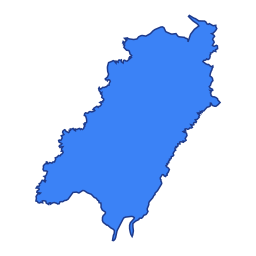 Porto Estrela, Mato Grosso, Brazil
{"feature_id": "56859067B85478740045964", "entity_name": "Porto Estrela", "entity_type": "district", "adm_level": 2, "iso_a3": "BRA", "parent_name": "Brazil", "parent_adm1": "Mato Grosso", "projection": "mercator", "projection_center": [-57.219, -15.53], "detail": "fine", "context": "isolated", "style": "filled", "palette": "blue", "viewbox_px": 256, "rotation_deg": 0, "n_neighbors": 0, "source": "geoboundaries", "source_scale": "gbopen_adm2", "svg_char_len": 5792}
<svg xmlns="http://www.w3.org/2000/svg" viewBox="0 0 256 256"><path d="M124.4,42.7L123.5,44.8L124.6,45.2L123.9,47.4L126.5,50.2L128.5,50.5L129.3,51.2L130.1,54.1L131.7,55.5L131.0,56.6L129.8,56.7L129.1,57.9L130.8,57.9L127.1,61.1L125.8,61.0L124.7,60.2L123.5,60.5L123.1,63.0L121.3,61.7L121.3,59.9L120.2,60.4L119.1,59.9L118.0,61.1L118.1,62.2L116.1,61.1L116.0,63.1L114.1,60.9L113.2,60.6L111.8,61.4L108.6,62.6L107.5,66.4L107.4,67.9L107.7,71.6L108.5,73.8L108.4,75.0L107.3,77.2L105.2,78.9L105.6,79.8L106.9,79.9L107.4,80.9L108.6,79.6L109.6,80.0L110.3,81.3L109.2,83.4L109.0,85.2L107.7,85.2L106.5,86.7L105.3,86.9L104.3,87.5L102.8,87.3L100.7,89.1L99.7,88.4L99.2,87.5L98.6,88.7L99.0,89.6L99.1,90.6L100.2,91.7L100.6,93.5L101.7,92.7L101.4,94.3L102.2,95.5L101.7,97.4L103.6,98.8L103.8,100.0L102.9,100.7L102.7,101.9L101.0,101.8L99.8,102.5L101.2,103.4L101.5,104.4L100.2,106.1L98.9,106.4L98.2,107.4L96.9,106.3L94.0,108.1L93.0,109.5L94.1,109.5L94.8,110.6L93.0,111.6L91.5,111.9L90.0,111.5L88.6,112.2L87.8,113.3L85.5,112.8L84.6,113.8L84.3,115.5L85.6,116.0L86.5,118.9L86.7,121.1L86.5,122.6L84.8,123.0L85.1,124.5L83.9,124.2L84.7,126.5L84.0,127.1L83.7,128.4L82.5,129.5L81.3,128.8L80.4,129.5L79.7,128.4L78.4,128.7L77.0,129.5L75.3,129.0L75.4,130.7L74.3,130.1L73.1,128.4L71.8,129.1L70.3,129.0L70.4,130.3L69.2,130.3L69.4,131.7L68.6,132.6L65.8,131.2L65.4,130.1L64.5,129.7L62.8,131.2L62.6,132.4L63.9,134.6L61.2,135.8L62.0,136.9L62.1,138.2L60.8,140.4L59.4,140.0L58.6,140.4L59.1,142.1L61.9,143.6L61.4,144.6L60.0,145.2L59.1,146.2L60.0,147.5L60.8,147.0L62.9,146.7L61.4,148.9L61.7,150.1L61.3,151.2L62.6,151.0L63.1,152.6L61.9,154.0L60.9,154.5L60.4,155.7L58.5,155.5L57.4,156.9L55.2,157.9L55.7,159.1L54.5,162.0L53.0,161.9L51.9,163.1L49.7,162.5L48.4,163.6L47.4,163.7L47.4,162.2L46.4,161.9L46.0,163.6L44.6,164.3L43.3,166.0L43.5,167.3L43.0,169.3L43.8,170.8L46.6,171.0L47.4,171.5L46.5,174.5L45.5,176.0L44.0,176.4L45.3,177.5L44.7,180.2L45.7,180.7L45.1,181.9L43.2,180.3L42.1,180.3L40.5,183.2L39.2,183.6L39.6,185.3L39.0,186.2L37.3,186.3L36.2,188.0L38.8,188.2L39.2,189.4L37.0,191.2L36.9,192.3L40.5,193.0L39.6,193.9L37.8,193.8L36.1,196.4L36.4,198.4L35.9,201.0L37.3,201.4L38.2,202.7L39.8,203.0L40.6,202.2L42.7,202.8L42.3,200.9L43.9,200.7L45.8,201.2L46.2,203.0L48.5,204.4L49.2,202.9L50.5,202.9L50.4,204.2L52.8,202.8L54.2,202.5L56.7,203.3L57.7,204.0L59.2,203.7L59.8,202.0L61.0,201.6L62.7,201.7L64.6,200.5L66.2,200.3L68.1,199.2L73.0,192.4L76.5,192.1L78.9,193.0L82.7,190.5L84.3,190.7L87.4,192.8L91.3,194.3L94.2,197.4L96.3,198.3L97.6,200.2L98.7,200.7L99.1,202.7L100.8,203.0L101.1,205.0L101.0,207.3L102.3,210.0L105.4,212.1L105.4,213.2L104.5,214.5L103.3,215.5L102.5,217.4L102.4,220.5L102.9,221.7L103.4,222.5L105.8,224.4L106.7,225.1L107.7,225.2L110.8,227.9L113.2,229.2L114.4,230.5L114.2,233.5L113.4,235.2L112.5,240.4L113.6,240.6L114.9,239.3L115.6,237.6L117.0,231.0L117.6,229.6L122.9,219.3L123.8,217.9L125.5,217.1L131.4,216.4L132.8,216.6L134.3,217.6L134.0,218.7L130.4,222.7L129.6,225.3L129.6,228.7L130.2,231.9L130.8,234.2L132.1,236.5L132.7,235.0L133.4,230.9L132.9,226.9L132.9,223.5L135.5,221.2L138.9,219.5L139.2,218.5L140.3,218.1L141.6,218.2L142.6,217.3L143.8,215.3L146.0,214.5L146.9,213.4L148.0,211.4L147.3,210.0L147.2,208.7L148.8,204.7L148.7,203.2L149.3,201.7L152.7,197.8L153.9,195.4L155.0,194.6L154.9,193.3L157.5,190.7L161.7,183.7L161.5,182.1L160.9,181.1L161.0,179.9L160.3,179.1L160.3,177.7L162.3,174.6L163.5,174.7L164.3,176.0L165.6,176.5L166.1,175.5L167.2,175.1L167.0,173.7L168.1,172.5L169.4,169.5L168.3,168.0L166.5,166.7L166.0,165.6L167.5,164.6L167.0,163.6L168.8,162.7L168.5,161.4L169.7,160.4L169.5,159.2L170.6,159.0L171.2,158.2L171.3,156.5L172.7,156.3L173.7,155.2L173.1,153.3L174.7,150.8L175.7,150.1L174.9,149.0L175.1,148.0L176.4,147.6L176.0,146.6L177.1,146.6L178.0,145.9L177.8,143.9L180.0,143.9L179.6,142.2L180.8,141.7L183.2,142.2L183.2,141.1L184.2,141.6L186.1,140.3L185.2,138.4L187.0,135.6L186.5,133.3L185.6,132.5L184.4,132.4L183.1,131.6L184.1,131.1L185.7,130.9L184.9,129.2L186.1,128.7L187.6,129.3L188.8,129.0L189.7,128.0L191.4,128.0L192.4,127.4L190.8,124.7L192.7,125.1L193.9,124.7L193.5,123.2L194.2,122.4L196.0,122.5L196.4,121.4L195.6,120.6L195.2,119.7L197.0,119.5L199.1,117.4L198.8,116.4L199.7,115.5L199.1,114.4L198.2,114.1L197.5,113.0L198.8,112.9L200.8,113.5L200.3,111.6L202.1,112.2L202.0,111.0L203.7,111.0L207.0,107.3L209.1,106.7L210.3,105.9L210.4,103.1L211.3,103.3L212.1,105.3L214.4,106.2L215.9,106.3L217.9,104.8L220.1,102.5L217.8,100.0L217.5,98.7L215.9,97.5L214.1,96.8L213.0,96.8L211.6,96.1L211.0,95.3L211.0,94.2L210.4,92.9L211.2,91.9L210.1,90.5L211.2,90.7L212.7,90.4L212.5,89.3L210.1,88.1L209.2,86.6L210.6,85.1L210.9,83.6L212.0,81.5L212.9,80.7L212.4,78.2L211.5,77.1L209.9,75.9L210.3,73.7L211.3,70.8L211.9,69.9L212.1,68.5L213.0,67.1L212.8,65.9L211.6,66.6L210.7,66.4L208.6,64.5L207.3,64.5L205.8,63.8L202.9,61.6L203.7,60.4L205.7,60.1L206.6,58.9L208.0,59.6L209.5,58.6L210.1,56.7L209.9,55.1L210.7,54.3L210.5,53.1L211.9,52.7L212.8,52.1L213.4,50.9L215.8,51.5L215.5,49.7L217.6,48.7L217.4,45.9L216.3,45.3L214.3,46.3L213.1,45.9L212.4,45.3L214.2,42.3L213.7,41.0L212.6,39.5L213.1,38.2L214.6,36.3L214.0,35.3L211.7,33.6L212.9,33.4L215.5,30.7L216.8,28.6L215.8,26.8L215.8,25.3L213.1,25.7L209.3,23.6L208.4,24.3L207.1,24.0L205.8,21.9L204.6,21.1L198.8,20.9L195.4,18.6L193.7,18.0L189.4,15.4L188.5,16.4L189.4,17.4L193.0,20.9L197.0,23.7L198.0,24.6L198.8,26.0L194.4,29.3L190.6,34.2L188.0,41.9L188.0,40.2L187.4,39.0L186.6,38.4L185.5,38.3L184.5,37.4L179.0,36.8L177.8,36.1L176.0,33.6L172.0,34.1L170.8,33.9L166.2,31.9L165.5,31.2L164.0,27.8L162.6,26.9L160.9,27.0L155.0,29.5L153.1,30.8L150.4,33.6L145.9,36.1L142.4,35.5L141.2,35.6L138.7,36.8L136.9,39.0L133.7,39.5L129.8,39.0L128.4,38.7L127.5,37.9L124.5,38.3L125.9,39.8L127.0,39.1L126.7,40.3L125.5,41.3L124.4,42.7ZM124.4,42.7L123.2,41.5L122.8,42.9L124.4,42.7Z" fill="#3b82f6" stroke="#1e3a8a" stroke-width="1.5"/></svg>